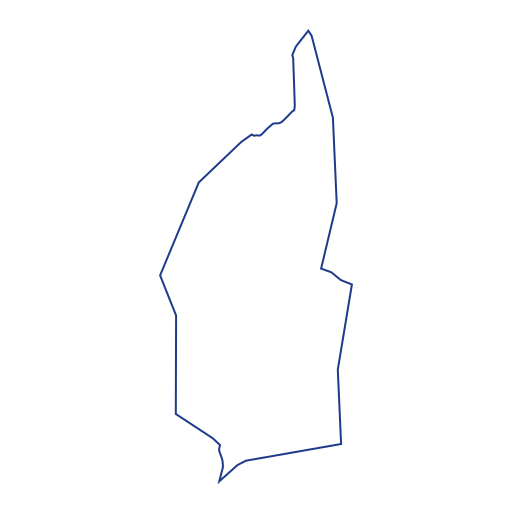 the Parish of Saint David
{"feature_id": "DMA-1433", "entity_name": "Saint David", "entity_type": "Parish", "adm_level": 1, "iso_a3": "DMA", "parent_name": "Dominica", "parent_adm1": "", "projection": "orthographic", "projection_center": [-61.287, 15.413], "detail": "fine", "context": "isolated", "style": "outline", "palette": "blue", "viewbox_px": 512, "rotation_deg": 0, "n_neighbors": 0, "source": "natural_earth", "source_scale": "10m", "svg_char_len": 781}
<svg xmlns="http://www.w3.org/2000/svg" viewBox="0 0 512 512"><path d="M308.3,30.7L311.6,35.7L332.9,117.7L336.7,203.2L321.1,268.6L331.4,272.3L340.7,280.0L351.9,284.5L337.8,369.6L341.1,444.0L245.9,460.7L237.4,465.1L219.3,481.3L222.8,467.7L222.9,465.2L222.5,460.7L221.4,456.9L219.6,452.2L219.2,450.4L219.1,448.8L220.0,445.0L212.5,438.1L175.8,414.0L176.1,315.5L160.1,275.4L198.8,182.4L241.4,141.8L251.7,134.5L252.5,135.1L253.5,135.4L254.3,135.7L254.9,135.6L256.5,135.3L257.4,135.3L258.9,135.6L259.7,135.6L261.2,134.7L263.1,133.0L267.0,128.8L272.7,123.9L273.5,123.6L274.3,123.4L278.0,123.3L279.0,123.2L280.2,122.8L281.5,122.1L283.8,120.1L291.9,111.8L293.3,110.7L294.2,110.3L294.8,105.8L293.2,58.4L292.3,55.1L295.9,46.5L308.3,30.7Z" fill="none" stroke="#1e3a8a" stroke-width="2"/></svg>